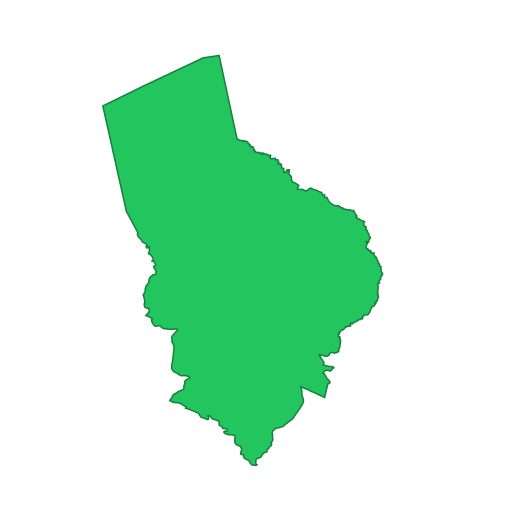 outline of Zomba, Zomba, Malawi, rotated 258°
{"feature_id": "42251766B13881881574545", "entity_name": "Zomba", "entity_type": "district", "adm_level": 2, "iso_a3": "MWI", "parent_name": "Malawi", "parent_adm1": "Zomba", "projection": "albers", "projection_center": [35.302, -15.438], "detail": "fine", "context": "isolated", "style": "filled", "palette": "green", "viewbox_px": 512, "rotation_deg": 258, "n_neighbors": 0, "source": "geoboundaries", "source_scale": "gbopen_adm2", "svg_char_len": 6103}
<svg xmlns="http://www.w3.org/2000/svg" viewBox="0 0 512 512"><g transform="rotate(258 256 256)"><path d="M75.6,197.5L73.2,200.9L71.1,201.7L69.3,201.6L67.3,200.4L65.5,199.8L64.8,200.3L64.5,202.1L64.2,202.3L63.7,202.5L61.9,202.2L60.5,202.6L57.4,206.4L54.3,207.4L52.7,208.4L52.0,209.6L51.2,212.7L51.6,213.4L51.8,212.9L53.7,212.8L56.1,213.3L57.6,214.5L58.1,218.7L60.8,221.4L61.8,223.0L62.0,225.8L63.3,226.2L64.7,227.4L65.3,228.7L66.5,229.4L67.2,231.1L67.9,231.8L68.7,232.2L70.3,231.9L71.4,233.4L72.7,234.2L74.9,234.6L76.2,234.4L77.8,235.2L79.3,234.8L81.6,236.3L83.5,239.9L83.2,243.1L83.7,245.3L83.6,247.2L84.7,248.7L89.1,257.9L97.8,267.2L102.1,271.2L103.8,272.2L106.1,272.5L110.8,272.0L114.6,272.8L118.9,272.7L116.6,275.6L114.8,278.7L112.2,281.6L110.7,284.1L103.3,293.7L115.9,299.6L116.1,301.4L117.2,302.2L119.3,301.4L121.3,300.0L126.3,298.5L127.6,297.2L128.1,297.5L129.6,300.0L129.2,302.7L127.9,304.8L129.0,306.2L130.4,308.8L130.8,309.0L131.7,308.0L133.0,304.0L135.3,299.2L136.9,300.1L137.9,300.3L145.6,297.3L146.4,297.5L145.3,299.4L144.5,301.6L143.6,302.5L143.6,303.4L143.1,304.7L143.8,306.9L145.1,307.4L146.0,309.5L145.1,312.1L144.5,312.8L144.9,313.5L144.7,314.9L145.0,315.2L145.1,316.5L145.7,317.2L147.0,317.3L149.5,319.0L155.5,321.1L155.7,320.7L157.4,321.1L158.5,320.6L158.9,320.8L158.8,321.2L159.2,321.3L159.3,320.4L160.2,320.3L160.7,319.6L162.1,320.4L162.4,321.2L163.6,321.0L163.4,321.7L163.7,322.1L164.1,321.9L165.0,323.5L165.8,324.0L165.7,326.2L167.4,328.2L168.1,328.5L167.8,328.8L167.8,329.7L168.3,330.4L167.9,331.0L168.4,331.6L167.7,333.6L168.9,334.0L168.8,334.4L169.2,334.5L170.5,334.2L170.4,335.9L169.7,336.5L170.4,337.1L171.6,342.4L172.5,342.9L172.6,343.3L172.0,344.5L173.2,346.5L172.4,346.9L172.7,347.2L173.5,346.8L174.2,348.0L175.0,348.3L174.9,348.8L175.8,349.7L175.3,352.3L175.6,353.6L177.9,356.0L181.0,357.7L181.7,358.8L182.2,358.9L182.6,361.1L183.8,362.4L184.7,362.3L185.2,363.8L186.0,363.5L187.1,364.7L187.0,365.6L187.9,365.5L190.1,367.1L191.4,367.5L192.3,367.1L193.1,367.4L193.5,367.0L194.0,367.6L194.8,367.3L199.8,369.0L202.0,369.3L202.9,368.9L203.3,369.2L203.9,371.1L204.3,371.4L205.5,370.8L206.3,371.2L207.1,372.9L209.8,373.6L209.9,374.5L211.1,375.0L211.3,375.7L212.6,376.2L215.1,375.2L216.4,375.6L218.2,375.5L219.5,376.1L220.5,374.7L221.4,374.6L222.1,375.2L224.2,374.1L226.0,374.2L228.6,373.2L229.4,373.6L230.6,372.5L233.1,371.5L234.3,372.0L234.1,371.2L235.1,370.2L234.8,369.4L235.6,369.1L237.4,369.4L237.8,368.7L237.2,368.0L238.7,367.0L240.1,366.8L240.2,365.9L240.9,365.4L242.7,365.7L245.4,367.7L246.2,366.7L247.1,366.6L247.5,367.3L246.1,368.4L246.1,368.9L248.9,370.2L249.3,371.4L250.7,371.6L252.0,370.7L254.6,371.0L255.5,370.1L257.8,370.2L259.1,368.7L260.1,369.5L261.0,369.2L261.8,369.7L262.7,368.2L265.7,368.0L266.3,369.1L266.8,369.3L268.1,368.0L268.6,366.4L270.5,364.9L271.1,363.2L272.4,362.9L273.3,361.9L274.1,363.0L274.5,363.0L275.6,362.2L280.3,360.9L280.3,359.6L281.9,357.0L281.9,355.6L282.7,353.5L283.1,353.5L283.6,351.8L285.1,350.7L285.6,348.9L286.9,348.5L286.9,347.6L288.1,347.1L288.2,344.9L288.8,344.3L289.1,343.0L292.2,339.9L294.5,338.5L298.5,337.6L299.3,335.0L300.2,335.1L301.3,335.9L301.7,335.7L301.5,334.4L302.0,333.7L304.6,333.4L305.1,332.2L308.3,327.9L309.6,325.0L310.5,324.7L311.0,323.4L311.0,322.5L309.6,320.1L309.3,318.8L309.6,317.5L311.6,315.3L312.0,312.5L312.9,310.3L316.2,312.5L319.8,308.9L320.3,307.7L321.1,306.9L324.3,306.6L325.5,307.1L326.8,306.8L330.2,304.7L330.6,304.9L331.2,306.1L332.5,306.1L333.3,306.6L333.6,306.3L333.8,304.1L333.1,303.6L332.2,303.7L332.2,303.3L331.6,302.8L331.6,301.4L332.0,300.6L332.4,300.5L333.0,301.1L335.6,300.8L335.9,301.1L336.8,299.6L337.7,299.7L338.5,299.2L340.0,300.0L340.4,299.8L341.2,298.8L341.2,297.5L341.6,296.7L342.1,296.8L342.8,297.8L344.1,297.8L344.8,297.2L345.7,297.3L346.0,295.1L347.6,295.2L347.5,293.8L348.0,292.1L347.8,291.2L349.9,289.7L350.1,290.6L350.9,291.2L351.6,291.1L351.4,290.6L351.8,289.4L352.4,288.8L352.4,287.9L353.3,287.9L353.5,287.5L353.3,286.2L354.4,285.5L355.2,284.4L354.1,283.8L354.0,282.9L354.4,282.7L355.2,283.2L355.7,282.0L356.4,281.5L355.8,280.5L357.1,279.5L357.5,276.9L358.8,277.0L359.4,275.8L360.6,276.5L362.1,275.6L363.4,275.8L363.9,275.0L363.5,273.9L364.8,273.5L365.4,272.8L365.8,272.8L366.4,273.3L367.5,271.9L369.3,271.6L371.1,268.9L371.1,268.0L370.6,267.4L372.0,266.3L372.3,264.2L373.7,263.0L374.2,261.8L459.8,261.6L460.8,245.4L445.9,182.2L434.6,137.4L326.5,138.5L303.9,145.2L301.7,144.5L299.4,144.8L295.1,147.4L293.3,147.8L291.0,150.9L289.7,151.1L289.0,151.9L288.5,151.8L288.0,150.4L286.6,150.8L286.5,151.9L287.2,153.6L282.8,152.7L281.4,151.5L280.5,151.4L279.0,153.2L276.4,154.5L275.0,154.8L273.1,154.4L273.0,153.4L272.6,153.2L272.1,154.9L268.3,156.2L267.6,155.7L267.2,153.9L266.4,153.5L261.6,155.2L258.8,153.7L259.1,151.3L257.1,147.7L254.7,146.2L252.5,145.7L249.7,142.5L246.9,140.8L244.6,140.4L241.1,137.4L240.4,137.8L235.5,137.8L233.7,137.5L232.2,136.6L229.5,136.5L228.1,137.5L227.1,140.1L224.3,140.1L223.7,140.0L220.6,135.8L219.4,137.9L216.5,141.4L215.6,141.3L215.3,140.5L214.8,140.4L212.7,140.6L209.2,141.9L208.5,142.5L208.2,143.4L207.9,147.2L204.9,149.7L204.0,150.9L201.7,158.5L201.3,162.9L200.4,164.0L199.5,163.3L195.4,157.6L194.2,156.7L189.9,156.3L189.9,155.9L185.6,157.0L183.1,156.7L171.5,152.9L166.2,150.7L163.2,150.1L161.3,150.7L159.4,152.1L157.6,154.8L156.4,155.4L154.4,158.0L153.9,161.2L153.3,163.3L152.8,163.5L152.5,164.8L152.1,164.7L151.1,165.8L149.9,165.3L149.8,162.9L148.5,160.4L146.2,159.8L142.9,158.0L141.3,158.1L140.9,157.8L140.3,156.1L139.5,151.5L138.8,150.5L137.8,146.8L136.6,145.3L135.8,145.0L132.6,141.6L130.6,143.8L129.6,146.0L128.4,149.9L127.4,151.5L122.7,156.3L121.6,155.5L120.9,157.4L120.3,157.9L119.3,159.8L114.3,166.8L113.1,167.5L110.3,168.4L109.3,169.2L108.6,171.1L106.5,173.7L106.0,175.0L106.9,176.0L109.8,175.9L109.8,176.8L108.0,178.3L105.6,179.6L102.8,184.6L101.2,185.4L98.1,184.8L96.6,186.8L94.0,187.9L93.5,190.3L92.7,191.4L91.9,191.8L91.0,191.7L90.6,190.9L91.2,189.1L91.0,188.2L90.2,188.0L89.3,188.3L87.6,190.5L86.7,192.7L86.0,195.7L84.8,197.7L82.6,197.8L80.6,196.8L77.7,196.6L75.6,197.5Z" fill="#22c55e" stroke="#15803d" stroke-width="1.5"/></g></svg>